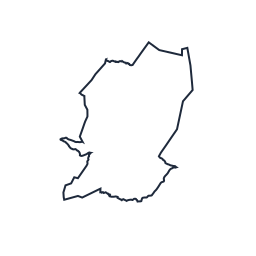 San Pedro Sochiápam, Oaxaca, Mexico (Natural Earth projection), rotated 62°
{"feature_id": "50627088B80283041271538", "entity_name": "San Pedro Sochiápam", "entity_type": "district", "adm_level": 2, "iso_a3": "MEX", "parent_name": "Mexico", "parent_adm1": "Oaxaca", "projection": "natural_earth1", "projection_center": [-96.643, 17.816], "detail": "fine", "context": "isolated", "style": "outline", "palette": "slate", "viewbox_px": 256, "rotation_deg": 62, "n_neighbors": 0, "source": "geoboundaries", "source_scale": "gbopen_adm2", "svg_char_len": 4768}
<svg xmlns="http://www.w3.org/2000/svg" viewBox="0 0 256 256"><g transform="rotate(62 128 128)"><path d="M66.1,101.8L66.2,102.0L66.3,102.1L66.3,102.3L66.2,102.5L65.2,103.6L65.2,103.8L65.2,104.0L65.1,104.3L65.1,104.5L65.2,104.9L65.2,105.0L65.3,105.4L65.2,105.6L65.2,105.8L65.0,106.0L64.8,106.0L64.7,106.2L64.7,106.3L64.6,106.5L64.4,106.7L64.3,106.8L64.2,106.9L64.2,107.0L64.2,107.4L64.1,107.6L64.0,107.8L63.9,107.9L63.6,107.9L63.3,107.8L63.2,107.9L63.1,108.1L63.1,108.3L63.0,108.6L62.9,108.7L62.7,108.9L62.4,109.1L62.1,109.3L61.9,109.4L61.8,109.5L61.6,109.8L61.4,110.0L61.3,110.3L61.2,110.4L61.2,110.5L61.2,110.9L61.1,111.2L61.0,111.3L61.0,111.6L61.0,111.8L61.1,112.2L61.3,112.7L61.3,112.8L61.3,113.0L61.2,113.1L60.9,113.3L60.6,113.5L60.3,113.7L60.2,113.7L59.8,113.9L59.7,114.0L59.3,114.4L59.2,114.6L58.8,114.9L58.5,115.1L58.4,115.1L58.2,115.2L58.0,115.3L57.9,115.4L57.7,115.4L57.4,115.3L57.3,115.2L57.3,115.3L57.2,115.4L60.2,118.0L65.2,131.5L68.6,137.7L74.2,153.8L74.4,154.2L74.7,153.9L76.3,153.5L77.0,153.2L77.6,152.6L78.2,152.3L79.3,151.5L80.4,152.1L87.3,155.3L92.8,155.3L97.5,157.7L98.9,158.5L102.0,162.6L103.6,164.4L106.5,167.5L113.0,174.6L118.9,174.6L118.6,174.8L118.4,175.7L118.3,176.2L117.8,177.4L116.9,178.7L116.6,179.1L116.4,179.7L116.2,180.1L115.8,180.7L115.5,181.1L114.4,181.8L112.7,183.3L112.0,183.9L110.9,185.0L110.6,185.4L109.9,186.0L109.4,186.3L108.6,186.7L107.9,186.8L107.6,187.1L107.3,187.7L107.3,188.1L107.2,188.8L107.1,189.3L106.9,189.7L106.7,190.1L106.5,190.5L106.3,191.1L106.2,191.6L106.2,192.2L106.3,192.9L106.7,193.0L107.1,192.8L107.3,192.5L107.5,192.2L108.0,192.0L108.2,191.8L108.8,191.3L109.2,191.3L109.5,191.1L110.0,190.6L110.5,190.2L110.9,189.9L111.2,189.7L111.8,189.6L112.3,189.5L112.8,189.2L113.5,189.0L114.4,188.8L114.9,188.7L115.5,188.6L115.8,188.5L116.3,188.7L117.6,188.4L118.1,188.3L118.9,188.1L119.4,187.8L119.9,187.5L120.2,187.1L120.6,186.8L121.1,186.5L121.4,185.8L121.8,185.0L121.9,184.4L122.3,184.1L122.7,183.9L123.2,183.7L123.8,183.6L124.8,182.8L125.2,182.8L126.0,182.4L126.5,182.4L126.9,182.4L127.4,182.4L127.8,182.5L128.3,182.7L128.9,182.8L129.3,183.1L129.6,183.3L130.1,183.0L130.5,182.6L130.8,182.2L131.0,181.8L131.3,180.2L131.4,178.9L131.5,178.3L131.6,177.3L131.6,176.5L131.5,175.9L131.4,175.3L131.4,174.6L131.4,174.0L131.6,173.4L132.0,173.1L132.3,172.7L132.3,172.8L132.7,173.1L132.9,173.7L133.0,174.1L133.2,174.6L133.3,175.0L133.6,175.2L134.0,175.4L134.4,175.5L134.7,175.7L135.0,176.4L135.7,177.1L136.0,177.3L136.5,177.6L137.3,177.7L137.5,178.0L137.8,178.4L138.0,178.9L138.2,179.4L138.5,179.7L139.1,180.0L139.7,180.1L140.0,180.2L140.5,180.6L141.0,181.0L141.4,181.7L141.9,182.4L148.8,195.8L146.3,198.6L150.2,204.2L149.3,210.1L154.6,215.3L158.8,217.2L161.4,218.0L164.5,204.1L167.9,201.1L168.6,180.8L171.7,182.6L171.9,182.1L172.6,181.8L172.5,181.0L173.0,180.8L173.1,180.1L174.0,179.9L174.3,177.9L175.2,177.4L176.8,176.7L176.8,176.4L178.1,176.3L178.1,175.3L178.6,175.2L179.7,176.2L181.0,174.8L181.9,173.1L182.7,170.9L184.0,169.5L184.8,170.0L188.5,167.5L188.3,167.3L188.4,166.9L188.7,167.0L188.7,165.5L191.7,163.4L191.5,163.0L192.0,160.8L192.7,158.9L193.6,158.0L193.7,157.8L193.4,155.9L193.8,154.9L194.4,154.3L195.2,154.3L195.8,153.9L197.4,154.1L197.7,153.3L198.7,151.2L198.8,150.6L197.1,149.0L196.5,148.0L196.7,147.2L197.3,145.6L197.7,145.0L198.1,144.1L198.0,143.4L197.7,142.8L197.5,142.2L197.5,141.4L198.0,140.6L198.3,139.8L198.5,139.4L198.6,138.6L198.4,138.2L198.2,137.9L198.0,137.4L197.6,136.5L197.2,135.7L196.5,134.4L195.9,132.4L195.3,131.0L193.9,128.4L192.1,125.3L191.8,124.6L191.7,123.9L191.7,123.4L191.8,122.8L192.0,121.7L191.6,121.0L190.8,120.6L190.0,120.4L189.2,120.0L188.8,119.4L188.5,119.2L187.7,117.5L187.4,116.4L187.0,115.3L186.7,114.5L186.3,113.7L185.8,113.0L185.5,112.4L185.0,111.7L184.6,110.9L184.2,109.8L184.2,108.6L184.3,108.0L184.2,107.2L184.3,106.5L184.3,106.1L184.5,105.6L185.1,105.0L185.3,104.5L185.3,104.2L185.4,103.7L184.9,104.0L184.0,104.2L183.3,105.0L182.9,105.7L182.6,106.1L181.9,106.8L181.6,107.1L181.4,107.5L180.9,108.0L180.4,108.4L179.4,109.1L179.0,109.5L178.8,109.8L178.2,110.2L177.9,110.5L177.5,110.8L177.0,111.1L176.5,111.4L176.0,111.3L175.5,111.1L175.0,111.1L174.4,111.2L174.0,111.2L173.7,111.4L173.3,111.5L172.9,111.8L172.4,112.1L171.9,112.0L171.4,112.2L170.9,112.4L170.4,112.7L170.1,113.1L169.7,113.4L169.2,113.7L168.9,113.8L168.1,113.9L167.5,114.0L165.2,110.5L160.9,102.1L157.0,94.7L152.1,85.3L130.2,66.9L124.8,53.1L117.8,50.1L102.1,43.5L85.1,38.0L83.8,43.3L89.1,46.2L73.9,63.8L62.1,69.5L68.4,82.3L69.8,85.0L70.9,87.3L71.9,89.3L74.2,93.8L74.5,94.3L74.4,94.7L74.2,95.5L73.8,96.1L73.5,96.5L73.2,96.8L72.6,96.9L72.0,96.8L71.7,97.4L70.5,97.7L70.4,98.5L70.2,99.3L69.3,99.3L69.0,99.8L68.8,100.1L68.5,100.3L68.2,100.6L67.7,101.0L66.1,101.8Z" fill="none" stroke="#1e293b" stroke-width="2"/></g></svg>